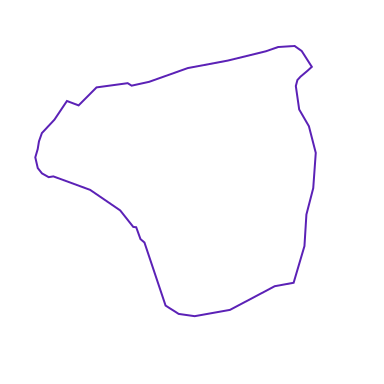 Magdalena Milpas Altas, Sacatepéquez, Guatemala (Robinson projection), rotated 347°
{"feature_id": "79465075B1840985123579", "entity_name": "Magdalena Milpas Altas", "entity_type": "district", "adm_level": 2, "iso_a3": "GTM", "parent_name": "Guatemala", "parent_adm1": "Sacatepéquez", "projection": "robinson", "projection_center": [-90.68, 14.541], "detail": "fine", "context": "isolated", "style": "outline", "palette": "violet", "viewbox_px": 384, "rotation_deg": 347, "n_neighbors": 0, "source": "geoboundaries", "source_scale": "gbopen_adm2", "svg_char_len": 704}
<svg xmlns="http://www.w3.org/2000/svg" viewBox="0 0 384 384"><g transform="rotate(347 192 192)"><path d="M289.4,270.0L298.4,239.7L311.0,215.5L321.4,181.7L320.7,154.2L315.0,135.7L317.0,112.1L319.9,106.6L323.7,104.0L331.9,99.8L336.9,97.0L330.6,79.3L324.8,72.8L308.6,70.1L295.6,71.5L256.4,72.0L215.8,70.3L175.0,75.0L157.1,74.8L153.8,71.5L122.5,68.6L101.0,82.1L90.6,75.2L74.2,90.6L59.0,100.8L54.3,108.2L51.3,115.5L47.1,123.0L47.1,134.0L50.0,140.1L55.7,145.3L60.4,145.6L93.2,167.0L117.9,193.8L126.9,212.8L129.7,213.8L131.2,226.3L134.3,230.5L140.7,296.7L143.8,299.9L148.5,304.6L151.6,307.8L166.7,313.6L202.5,315.4L251.4,302.4L270.6,303.3L289.4,270.0Z" fill="none" stroke="#5b21b6" stroke-width="2"/></g></svg>